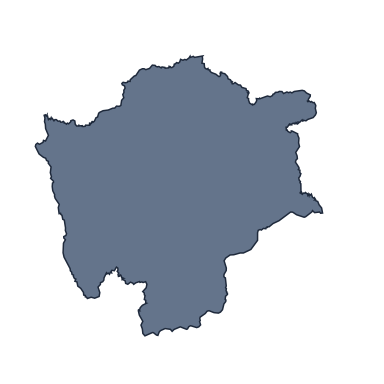 Lom Sak, Phetchabun, Thailand (Robinson projection), rotated 166°
{"feature_id": "78962969B94734864821350", "entity_name": "Lom Sak", "entity_type": "district", "adm_level": 2, "iso_a3": "THA", "parent_name": "Thailand", "parent_adm1": "Phetchabun", "projection": "robinson", "projection_center": [101.266, 16.742], "detail": "fine", "context": "isolated", "style": "filled", "palette": "slate", "viewbox_px": 384, "rotation_deg": 166, "n_neighbors": 0, "source": "geoboundaries", "source_scale": "gbopen_adm2", "svg_char_len": 5985}
<svg xmlns="http://www.w3.org/2000/svg" viewBox="0 0 384 384"><g transform="rotate(166 192 192)"><path d="M53.7,257.6L57.0,260.4L58.5,262.9L60.5,264.0L68.5,264.8L71.1,264.0L72.5,265.2L74.3,265.0L75.7,266.1L79.3,265.4L80.4,267.7L83.0,268.5L84.3,268.0L87.0,268.5L88.3,267.4L89.7,267.3L90.6,266.1L93.0,265.5L95.6,266.9L103.3,266.1L103.8,266.7L104.4,266.2L107.0,267.1L107.0,265.3L107.9,264.0L110.2,262.0L112.1,261.9L112.0,262.6L112.8,262.5L114.6,264.3L114.9,267.5L114.5,268.9L115.6,270.1L113.6,273.6L113.9,274.6L113.0,274.1L112.7,274.8L113.1,276.4L114.6,277.3L114.6,279.3L118.3,281.4L119.1,284.0L121.1,284.7L123.7,287.8L126.0,287.0L126.9,287.4L126.6,288.5L127.2,289.1L126.5,289.5L127.0,289.7L127.6,291.6L129.6,293.1L129.6,295.5L131.6,298.9L134.3,300.2L134.2,301.1L135.3,301.4L136.2,299.9L135.8,299.2L136.1,298.4L137.2,297.4L138.1,297.6L140.4,300.6L144.2,303.2L145.3,304.8L145.0,306.0L146.7,306.7L146.6,308.0L148.0,307.7L148.7,308.2L149.7,309.7L149.1,313.6L151.2,314.6L149.5,318.5L149.3,320.9L148.7,321.4L157.0,322.0L157.9,323.3L161.0,323.0L161.0,324.2L162.5,322.8L165.5,321.5L167.0,322.4L168.9,322.0L171.0,323.5L172.4,321.2L174.1,320.3L175.6,321.3L177.3,320.3L178.2,320.4L179.3,318.3L181.4,317.6L182.3,317.8L182.7,318.8L183.4,318.6L183.8,319.4L184.6,318.1L188.1,318.6L188.1,319.4L190.9,320.6L191.9,319.9L193.8,321.8L195.3,321.8L196.7,322.7L197.2,323.8L199.8,324.7L203.3,322.2L207.2,321.9L208.7,323.2L210.3,323.6L213.5,323.0L218.3,318.6L220.0,318.5L224.7,315.9L225.3,314.3L227.3,315.1L228.0,314.1L230.2,314.1L232.3,315.1L233.8,314.3L233.7,312.9L231.8,311.2L231.8,308.9L233.5,307.3L234.0,305.0L235.6,303.3L235.4,299.9L238.1,298.0L240.1,293.2L241.8,292.7L244.5,293.6L246.7,292.1L248.7,292.5L253.4,291.8L258.6,292.4L262.5,291.6L263.5,291.0L265.5,287.6L267.2,287.3L269.6,284.3L271.2,283.6L271.4,284.4L272.0,284.5L273.1,283.0L274.7,283.6L275.0,282.7L274.4,282.2L275.1,281.5L279.1,282.6L279.8,281.6L281.4,281.8L282.7,282.2L282.5,282.9L285.4,283.4L285.6,284.1L286.2,283.5L288.0,284.0L288.9,286.0L288.5,289.3L290.0,290.7L292.3,290.5L292.6,289.6L295.2,288.0L296.3,289.0L297.4,288.2L298.4,289.5L299.3,289.8L299.2,290.7L299.9,291.7L301.0,291.2L302.5,291.5L303.0,292.9L304.8,293.1L306.2,295.1L307.5,295.4L308.7,294.5L309.9,297.4L310.6,297.1L310.7,298.2L311.9,296.7L312.5,297.7L313.8,297.0L313.8,300.7L314.5,300.9L314.1,301.9L315.1,301.1L315.6,302.4L316.9,302.2L316.8,299.3L318.1,295.9L317.9,293.4L318.7,288.9L317.6,281.7L321.8,276.9L323.6,278.0L324.6,276.2L328.5,275.2L330.1,276.8L332.0,275.9L333.0,274.1L331.2,265.9L327.8,261.6L325.8,260.2L325.5,257.8L323.9,256.4L324.5,254.7L322.7,250.4L324.8,245.0L324.7,240.7L325.9,239.4L323.8,236.1L324.1,234.8L325.2,234.4L326.3,231.1L326.8,226.9L325.9,222.7L326.4,221.3L326.3,218.9L323.8,212.1L325.5,209.3L326.2,203.1L324.7,203.1L324.7,202.0L323.8,200.8L324.0,196.8L322.7,195.6L323.4,187.8L324.2,185.2L323.8,181.9L324.9,180.3L327.2,179.8L327.5,178.4L326.4,176.3L329.1,173.4L331.8,164.2L331.9,159.7L328.8,147.1L329.1,145.0L328.2,143.5L328.3,141.0L327.1,140.1L327.5,138.8L327.0,136.5L325.8,135.6L327.2,133.7L325.4,132.6L325.6,128.3L323.3,125.5L321.6,120.8L322.0,118.2L320.5,117.4L320.9,116.1L319.8,115.5L319.3,114.0L315.3,114.3L312.1,112.5L307.4,113.1L305.8,116.7L306.2,122.5L303.3,124.4L302.7,126.2L300.4,126.5L298.9,127.8L298.1,130.0L294.6,134.2L294.3,133.1L293.0,133.6L292.0,132.1L290.7,133.8L289.6,133.0L289.6,134.6L288.7,135.4L286.4,134.4L283.5,137.4L282.4,136.1L282.7,134.2L283.8,133.1L282.7,131.1L283.7,130.0L283.8,127.9L282.6,127.9L281.8,129.0L281.1,128.4L280.9,126.1L279.5,125.0L280.8,125.1L281.0,123.8L280.3,123.9L278.3,121.8L278.5,119.4L276.6,118.0L273.5,119.4L271.5,117.9L270.9,116.5L268.5,117.5L264.6,117.8L264.4,116.9L262.4,116.9L261.4,116.0L258.7,116.2L258.1,113.4L259.6,110.2L263.9,107.3L262.8,105.7L263.1,103.7L262.6,102.9L264.3,99.2L263.1,98.1L263.8,95.5L263.1,95.1L267.5,94.1L270.2,92.3L270.8,91.1L272.2,90.6L271.5,89.4L272.8,89.6L272.9,85.3L271.0,78.4L273.7,75.2L273.3,71.2L273.9,66.6L272.5,63.8L264.4,65.2L263.5,64.9L261.1,61.8L259.8,61.1L257.7,64.1L256.1,65.1L251.2,66.0L246.2,64.0L245.0,61.6L242.6,63.0L236.0,64.0L230.5,60.1L229.5,60.2L227.7,62.1L225.7,62.6L220.2,59.3L218.1,59.5L215.8,61.0L216.0,64.5L215.1,65.3L215.1,67.2L214.4,68.6L208.5,70.9L206.2,72.7L204.2,72.7L199.8,69.6L195.6,68.1L193.4,68.6L190.9,70.4L188.1,75.7L185.8,77.5L185.2,79.0L185.8,79.7L184.7,82.7L182.4,84.0L182.1,85.3L182.8,85.8L182.4,87.0L182.9,87.9L182.0,90.0L182.6,91.0L181.5,92.5L180.4,100.6L181.2,101.3L181.5,102.7L180.7,104.5L177.8,107.5L177.1,109.9L177.5,117.5L175.2,119.8L170.2,121.7L166.6,121.0L160.0,121.2L156.8,120.4L148.8,122.0L140.1,129.2L138.2,136.7L137.0,138.8L135.0,139.1L133.9,138.3L131.6,139.4L129.3,138.5L129.0,139.2L127.6,139.4L127.5,140.0L125.6,139.6L121.0,141.8L114.5,143.1L101.2,148.7L99.2,148.1L96.0,144.6L89.3,140.4L87.8,140.5L80.5,143.7L79.6,144.8L78.0,142.3L73.0,141.7L72.4,140.3L70.4,140.0L70.1,145.2L71.8,148.9L72.3,152.4L73.8,153.4L73.9,154.4L74.8,154.6L74.0,155.1L74.6,156.8L75.1,156.3L76.4,157.8L76.7,161.1L77.9,160.3L78.5,161.3L79.3,160.0L79.4,161.1L80.4,160.7L79.8,162.4L80.6,162.2L82.1,164.1L82.8,163.5L84.0,164.0L85.4,163.2L85.8,165.7L86.3,165.2L85.8,164.4L86.1,163.8L87.3,165.0L86.1,166.3L84.4,173.7L85.0,174.9L84.3,175.9L85.1,177.5L85.0,179.9L83.5,181.0L81.9,183.5L82.7,184.6L82.0,187.0L83.4,188.0L82.3,189.2L82.5,190.5L84.4,196.0L83.3,197.9L81.7,198.8L81.3,201.6L81.8,205.3L76.7,210.1L76.7,213.8L75.2,218.4L75.7,221.9L75.4,222.9L80.2,227.0L80.8,227.2L80.8,226.6L82.4,225.8L84.3,227.6L84.8,229.4L85.4,229.3L85.3,230.5L85.0,232.1L83.8,231.8L81.1,234.3L80.7,233.4L80.2,234.0L79.0,233.0L78.6,233.9L77.2,234.3L76.3,233.4L75.3,234.1L75.3,233.3L74.4,233.0L73.7,233.8L73.1,232.5L71.8,233.2L72.0,234.1L70.6,233.6L68.0,235.1L67.6,234.4L67.1,234.9L67.0,234.1L66.1,234.4L64.2,233.5L62.1,234.4L56.4,234.9L53.6,236.9L52.2,238.8L52.1,243.4L51.0,245.8L51.1,246.8L51.8,249.3L52.9,249.3L54.2,250.9L55.1,250.5L56.2,251.9L57.7,251.6L58.0,252.3L57.2,252.5L56.5,254.0L54.2,256.1L53.7,257.6Z" fill="#64748b" stroke="#1e293b" stroke-width="1.5"/></g></svg>